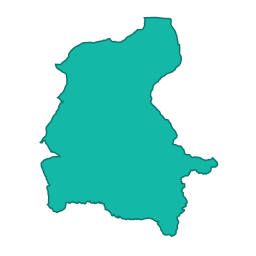 Pupiales, Nariño, Colombia (Albers equal-area conic projection), rotated 358°
{"feature_id": "7082276B22938058716201", "entity_name": "Pupiales", "entity_type": "district", "adm_level": 2, "iso_a3": "COL", "parent_name": "Colombia", "parent_adm1": "Nariño", "projection": "albers", "projection_center": [-77.621, 0.918], "detail": "fine", "context": "isolated", "style": "filled", "palette": "teal", "viewbox_px": 256, "rotation_deg": 358, "n_neighbors": 0, "source": "geoboundaries", "source_scale": "gbopen_adm2", "svg_char_len": 5865}
<svg xmlns="http://www.w3.org/2000/svg" viewBox="0 0 256 256"><g transform="rotate(358 128 128)"><path d="M182.3,46.5L181.3,46.4L180.8,45.7L180.8,44.0L179.8,37.3L178.2,32.3L175.1,27.8L174.7,26.9L174.4,25.8L174.8,22.9L174.7,20.9L173.8,20.3L172.5,20.0L168.8,19.9L159.5,18.5L148.2,18.4L148.7,19.9L148.8,21.3L148.2,23.6L148.2,25.9L147.7,27.4L146.4,29.6L145.6,30.0L144.6,30.2L141.7,30.1L140.9,30.2L139.1,31.9L137.4,32.9L136.9,33.9L129.4,37.8L128.8,39.0L128.2,39.6L126.1,40.5L124.5,41.6L123.1,42.0L121.3,41.9L120.4,42.0L117.8,41.1L116.4,41.3L115.3,41.1L113.8,39.7L112.8,38.1L112.1,38.1L110.7,38.4L109.3,39.5L106.4,39.5L104.7,40.4L103.0,40.3L102.0,40.7L101.1,40.7L98.6,41.2L97.1,41.8L96.2,41.8L95.4,41.5L93.3,41.1L86.1,41.3L80.7,44.2L79.2,44.7L76.1,46.6L75.0,48.1L74.2,48.2L71.5,51.9L71.3,54.3L71.1,55.1L69.9,56.0L68.6,57.7L64.6,60.5L63.2,61.9L62.7,62.2L61.7,62.2L57.9,61.8L57.9,62.8L58.6,64.9L59.7,66.3L62.1,67.7L64.7,69.8L67.1,71.0L68.1,72.0L68.3,73.0L68.7,77.5L68.5,81.9L66.6,85.2L66.2,86.7L64.4,89.8L63.4,90.9L61.9,91.9L60.5,93.9L58.8,95.1L60.7,96.5L61.8,97.7L62.0,98.7L62.3,99.1L64.0,99.2L63.7,100.0L62.8,100.6L61.5,100.8L61.1,101.2L60.1,103.1L58.8,107.1L57.0,108.9L56.5,111.2L55.3,112.1L54.0,113.6L52.4,116.3L51.5,118.5L51.1,119.1L49.9,120.2L46.5,124.2L46.2,125.7L46.5,129.5L46.2,131.1L45.7,132.8L44.9,133.7L42.9,135.2L41.1,138.3L40.3,139.0L39.8,139.3L40.0,139.6L40.8,139.8L41.7,139.7L42.0,139.5L42.4,138.2L42.8,137.9L44.0,137.7L44.5,137.8L45.5,140.7L46.7,141.8L49.0,146.6L50.0,148.1L50.0,149.0L53.8,149.8L55.5,151.2L57.2,151.9L57.9,153.0L58.5,153.2L58.9,154.2L56.8,154.3L53.5,154.1L50.8,154.6L48.5,155.8L47.0,155.7L46.4,155.9L43.0,157.2L42.4,157.7L41.3,159.1L40.2,159.9L40.1,160.3L40.1,162.9L41.6,167.0L42.2,169.7L43.0,170.7L43.4,172.6L44.5,174.0L44.6,176.1L45.9,178.5L46.1,180.1L47.0,181.0L47.7,182.4L47.3,182.5L45.0,183.7L45.0,185.8L45.9,187.8L45.9,190.8L46.4,194.1L46.1,197.6L46.1,200.4L44.9,201.8L45.7,202.4L46.8,204.5L47.6,205.4L48.7,205.4L49.6,206.0L49.7,207.0L50.4,207.8L50.8,208.7L52.7,209.0L54.3,210.0L55.2,209.2L58.3,208.4L61.1,206.9L62.1,206.0L62.5,205.0L63.1,203.1L63.2,201.1L63.5,200.7L64.2,200.4L65.6,200.5L67.1,201.2L68.6,200.2L70.1,200.0L71.9,200.5L72.8,201.1L73.8,201.0L75.2,201.4L76.8,200.4L79.0,201.7L79.6,201.7L80.7,201.4L81.5,202.0L82.3,202.3L82.9,201.9L83.6,200.8L84.8,200.0L85.4,199.8L86.6,200.5L87.5,199.9L87.8,200.2L88.2,201.3L89.2,201.7L89.8,201.8L91.6,201.3L91.9,202.1L92.4,201.8L93.2,202.1L94.5,201.6L95.3,201.7L96.1,200.8L96.5,200.6L96.8,200.8L97.0,201.7L97.3,202.2L98.1,202.2L99.1,201.6L99.5,201.9L99.7,202.7L101.5,202.8L101.7,203.0L101.5,204.9L102.7,207.0L102.3,208.3L103.3,208.8L103.7,209.2L104.4,209.2L105.8,210.0L106.2,210.7L107.8,212.1L108.6,214.5L109.2,215.2L109.8,215.1L110.3,214.2L110.6,214.1L111.1,214.9L111.8,215.3L112.4,216.2L113.1,216.7L114.1,216.5L114.5,217.3L115.1,217.4L115.5,217.2L115.9,216.0L116.4,216.0L116.8,216.4L116.6,217.1L117.4,216.9L117.8,217.3L118.4,217.4L118.9,218.1L119.7,218.6L121.7,218.6L122.8,219.5L124.9,218.7L125.3,218.7L126.0,219.3L127.0,219.1L128.1,219.7L129.4,219.2L130.8,219.7L132.1,219.1L133.9,219.7L134.9,219.0L137.1,219.9L138.0,220.0L141.8,219.2L145.7,218.6L146.4,218.8L149.9,220.2L151.4,221.4L153.0,222.2L155.2,222.8L155.2,223.1L154.1,224.1L154.4,225.4L155.7,226.4L156.1,227.5L157.5,229.5L157.3,230.3L157.5,231.2L158.6,232.7L159.4,234.6L159.9,235.3L160.9,235.9L161.6,236.1L163.1,236.1L165.5,235.9L166.2,236.2L167.7,237.6L168.3,237.1L169.4,237.2L171.8,235.8L172.4,234.2L172.4,232.5L172.9,231.5L173.8,230.4L173.9,229.9L173.8,227.9L174.0,226.6L174.5,225.9L175.3,223.9L175.2,222.7L174.1,221.5L173.9,218.8L174.4,218.3L176.4,217.4L177.1,215.1L177.5,214.9L178.2,215.1L178.6,215.0L179.1,214.2L180.7,213.3L181.3,212.7L181.4,211.7L181.0,211.5L179.3,211.4L179.0,210.9L179.1,210.3L179.5,209.8L180.9,209.4L181.8,208.6L182.6,208.7L183.1,208.3L183.4,207.3L182.7,205.9L183.2,205.4L184.1,205.2L184.5,204.1L184.3,203.1L183.3,200.8L182.2,199.3L180.8,197.7L180.9,194.7L180.4,194.0L179.3,193.5L179.0,193.1L179.1,192.6L180.2,191.6L180.3,190.2L180.6,189.7L181.0,189.5L181.3,189.8L181.5,189.8L182.6,188.9L182.3,188.2L182.6,187.6L182.6,185.9L181.8,185.5L179.6,185.5L180.1,184.1L179.2,182.9L179.3,180.1L180.0,179.4L182.2,178.5L183.5,177.6L185.3,177.9L186.1,177.6L187.6,176.4L187.9,175.7L187.7,174.8L188.8,174.3L189.0,173.3L189.6,172.4L189.8,172.3L190.9,172.9L193.8,172.1L194.6,172.5L195.2,174.0L196.4,174.8L197.1,175.7L199.9,175.4L200.8,176.2L201.5,176.6L202.1,176.6L203.0,176.1L204.4,176.8L205.5,176.0L206.7,175.8L209.0,173.8L209.4,173.0L209.4,172.2L209.7,170.8L210.2,170.1L210.9,169.9L212.7,170.1L213.3,169.8L214.3,169.9L215.0,169.0L215.9,168.7L216.2,168.4L216.2,167.8L215.9,166.8L216.0,166.1L215.7,165.3L211.6,160.7L210.8,161.7L209.7,162.4L208.4,162.6L207.5,162.4L205.7,163.0L204.5,162.8L203.5,163.0L200.8,161.5L199.4,160.4L197.6,159.8L195.0,159.6L193.4,159.2L191.6,159.8L191.0,159.7L189.9,158.9L189.4,157.8L188.6,157.0L187.9,156.7L185.0,156.6L183.7,155.5L183.5,153.4L183.0,152.3L182.8,151.2L181.8,150.7L180.6,148.4L179.9,148.0L177.7,147.9L175.7,146.9L175.1,146.3L173.2,146.2L171.8,145.5L172.8,144.0L173.2,141.7L174.1,140.6L175.5,139.8L176.5,138.5L176.5,137.4L176.8,136.9L176.7,136.4L175.9,135.2L175.3,133.2L172.4,129.7L171.0,126.5L170.9,125.2L170.0,124.3L168.3,121.4L167.7,121.1L166.2,121.1L165.3,120.6L162.9,117.4L160.9,115.5L160.4,113.5L159.9,112.7L158.5,111.3L155.7,107.9L153.3,105.7L151.9,103.9L151.6,103.3L151.6,102.7L152.4,100.8L152.7,99.1L152.6,98.5L151.6,96.6L151.7,95.0L152.0,94.0L151.9,92.9L153.9,90.2L154.3,88.1L155.1,86.1L155.6,85.5L157.0,84.2L159.7,82.6L160.4,81.3L161.5,80.8L162.4,78.9L163.1,78.8L163.9,78.0L165.2,77.6L167.0,76.5L168.1,75.4L169.8,74.7L171.6,74.3L172.9,73.7L174.2,73.4L175.4,72.5L176.1,71.7L176.9,71.5L178.2,69.2L181.4,66.9L182.7,65.1L182.8,63.9L183.3,62.9L183.7,61.3L183.4,58.3L183.1,57.4L182.0,55.7L182.4,51.4L182.3,46.5Z" fill="#14b8a6" stroke="#0f766e" stroke-width="1.5"/></g></svg>